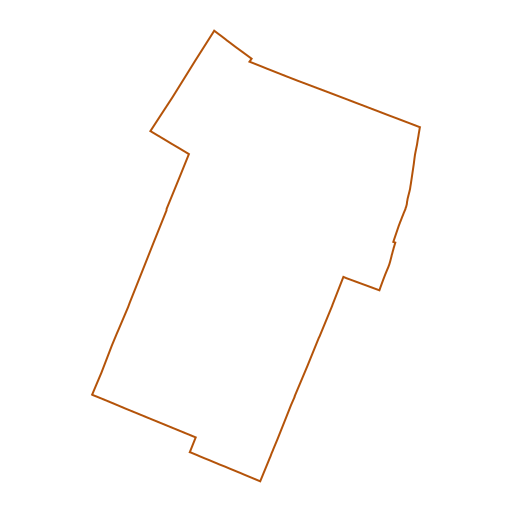 outline of Cocora, Ialomita, Romania
{"feature_id": "2599482B22820345883156", "entity_name": "Cocora", "entity_type": "district", "adm_level": 2, "iso_a3": "ROU", "parent_name": "Romania", "parent_adm1": "Ialomita", "projection": "orthographic", "projection_center": [27.071, 44.753], "detail": "fine", "context": "isolated", "style": "outline", "palette": "amber", "viewbox_px": 512, "rotation_deg": 0, "n_neighbors": 0, "source": "geoboundaries", "source_scale": "gbopen_adm2", "svg_char_len": 2203}
<svg xmlns="http://www.w3.org/2000/svg" viewBox="0 0 512 512"><path d="M243.6,474.4L260.2,481.3L262.1,476.7L264.1,471.8L264.2,471.6L268.8,460.4L269.6,458.4L270.4,456.6L271.6,453.3L273.0,450.1L273.1,449.7L277.4,439.4L285.8,418.3L291.1,404.9L294.7,396.7L294.6,396.4L307.4,366.0L307.6,365.5L319.0,337.4L319.4,336.8L332.3,305.5L332.3,305.3L343.4,276.9L346.7,278.3L347.0,278.4L379.4,290.3L379.7,289.5L380.1,288.3L380.3,287.7L381.9,283.3L383.3,279.5L385.1,274.8L385.5,273.8L387.2,269.7L388.3,267.1L389.3,264.4L390.1,261.7L391.5,256.3L391.7,255.2L392.2,253.6L392.8,251.2L393.1,250.2L393.4,249.2L393.6,248.3L393.7,247.9L394.0,247.0L395.3,242.6L393.3,241.9L398.9,225.4L399.8,223.1L400.0,222.4L400.5,221.3L401.7,218.2L402.1,217.1L402.6,215.9L403.0,215.0L403.2,214.4L403.7,213.1L404.5,211.2L405.2,209.6L405.4,209.1L405.7,207.8L406.0,207.2L406.4,205.8L406.5,205.3L406.8,204.3L406.8,204.0L407.0,202.7L407.0,202.1L407.3,200.7L407.6,198.8L408.0,197.2L408.1,196.8L408.2,196.6L408.3,195.9L408.7,194.5L409.0,193.2L409.3,192.1L409.9,189.6L410.1,188.6L410.4,186.5L410.8,184.1L411.7,178.1L413.8,163.9L414.0,162.2L414.4,159.0L415.0,154.6L415.7,151.0L417.0,144.7L417.8,139.5L418.4,136.2L418.8,133.5L419.1,131.8L419.6,128.9L419.8,127.5L419.9,127.2L419.1,126.9L404.2,121.2L389.4,115.6L354.6,102.3L341.8,97.4L337.6,95.8L298.1,80.9L286.0,76.2L275.9,72.2L268.6,69.3L267.0,68.7L266.3,68.4L261.9,66.6L254.1,63.5L249.5,61.7L251.6,58.7L244.0,53.1L236.3,47.5L234.7,46.3L227.7,41.0L226.7,40.3L225.8,39.5L220.6,35.5L218.8,34.2L215.1,31.4L214.2,30.7L213.0,32.7L195.4,60.4L189.2,70.4L172.4,97.4L161.4,114.2L150.4,131.1L167.0,141.0L171.6,143.8L180.3,148.9L188.9,154.1L179.9,176.4L166.6,208.9L166.5,210.4L153.7,242.3L144.4,265.8L129.8,302.5L128.1,307.1L118.8,329.0L116.8,333.6L111.9,345.4L101.3,373.0L100.4,375.1L95.7,386.2L92.6,393.6L92.1,394.7L92.4,394.9L92.6,395.0L92.9,395.1L93.4,395.3L94.2,395.6L95.9,396.3L96.0,396.3L114.4,403.9L125.5,408.6L195.7,437.4L189.8,452.2L190.8,452.5L194.4,454.0L197.3,455.2L199.5,456.2L201.7,457.1L204.3,458.2L208.1,459.7L209.6,460.3L214.3,462.3L217.0,463.4L219.0,464.3L220.3,464.8L225.0,466.6L229.4,468.5L234.3,470.5L238.4,472.2L240.2,472.9L243.6,474.4Z" fill="none" stroke="#b45309" stroke-width="2"/></svg>